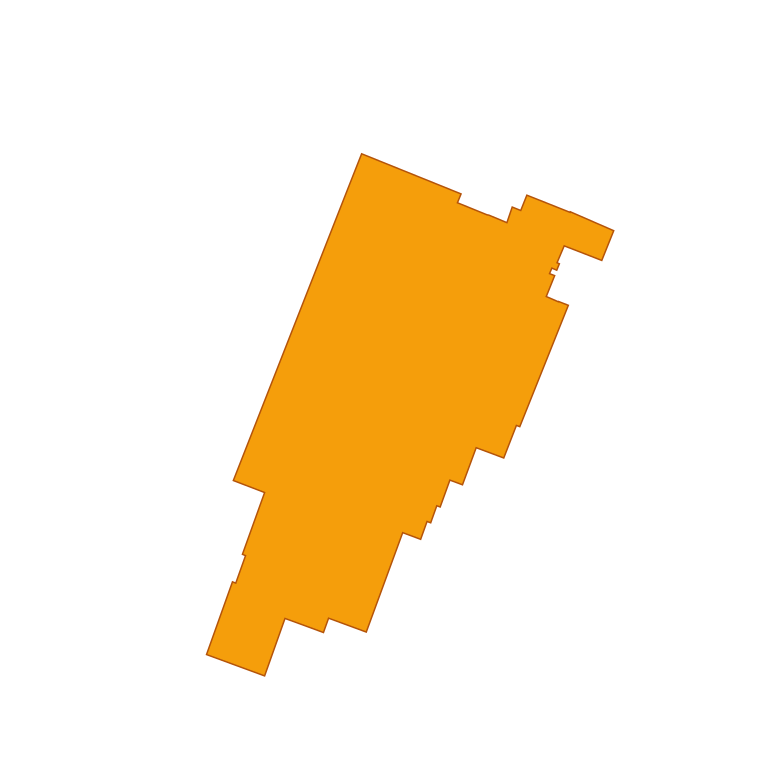 the district of Hipólito Yrigoyen, Buenos Aires, Argentina, rotated 156°
{"feature_id": "61730980B95014527534109", "entity_name": "Hipólito Yrigoyen", "entity_type": "district", "adm_level": 2, "iso_a3": "ARG", "parent_name": "Argentina", "parent_adm1": "Buenos Aires", "projection": "mercator", "projection_center": [-61.733, -36.272], "detail": "fine", "context": "isolated", "style": "filled", "palette": "amber", "viewbox_px": 768, "rotation_deg": 156, "n_neighbors": 0, "source": "geoboundaries", "source_scale": "gbopen_adm2", "svg_char_len": 771}
<svg xmlns="http://www.w3.org/2000/svg" viewBox="0 0 768 768"><g transform="rotate(156 384 384)"><path d="M540.4,181.6L529.9,192.6L501.1,164.6L427.4,240.6L413.7,227.2L400.6,240.9L397.8,238.2L385.3,251.3L382.7,248.8L362.9,269.4L353.3,260.0L325.7,288.3L304.7,267.7L279.9,292.3L277.3,289.8L183.6,380.9L191.0,388.4L191.3,388.2L200.2,397.9L184.0,413.6L187.9,417.5L183.5,421.6L179.9,417.7L174.9,422.5L176.6,424.4L163.2,436.9L134.8,408.3L111.8,430.6L143.8,465.6L144.2,465.1L176.7,498.4L188.5,486.9L194.9,493.5L206.1,481.4L219.5,495.6L221.1,496.7L243.2,519.7L236.3,526.3L310.8,603.4L338.2,576.5L560.9,357.1L537.2,333.4L582.6,286.0L580.3,283.5L600.4,262.4L602.9,264.9L656.2,209.0L611.8,165.9L569.8,210.1L540.4,181.6Z" fill="#f59e0b" stroke="#b45309" stroke-width="1.5"/></g></svg>